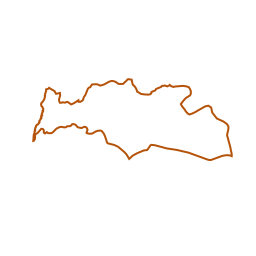 the district of Dar'a, Dar`a, Syria, rotated 334°
{"feature_id": "27442178B67726505950673", "entity_name": "Dar'a", "entity_type": "district", "adm_level": 2, "iso_a3": "SYR", "parent_name": "Syria", "parent_adm1": "Dar`a", "projection": "robinson", "projection_center": [36.022, 32.622], "detail": "fine", "context": "isolated", "style": "outline", "palette": "amber", "viewbox_px": 256, "rotation_deg": 334, "n_neighbors": 0, "source": "geoboundaries", "source_scale": "gbopen_adm2", "svg_char_len": 4359}
<svg xmlns="http://www.w3.org/2000/svg" viewBox="0 0 256 256"><g transform="rotate(334 128 128)"><path d="M74.7,57.3L73.8,57.8L71.3,57.4L70.6,58.9L69.4,60.1L68.3,61.2L68.3,61.3L68.2,61.4L68.2,61.5L68.1,61.8L67.9,62.0L67.8,62.3L67.7,62.4L67.7,62.5L67.5,62.8L67.4,62.8L67.4,63.0L67.2,63.2L67.1,63.4L67.0,63.5L66.9,63.6L66.8,63.8L66.7,64.0L66.4,64.2L66.4,64.3L66.2,64.5L65.9,64.8L65.7,65.0L65.4,65.3L65.2,65.5L64.9,65.7L64.8,65.8L64.6,65.9L64.4,66.0L64.2,66.2L64.1,66.3L63.9,66.4L63.8,66.5L63.6,66.6L63.4,66.7L63.2,66.8L62.8,67.0L62.7,67.0L62.3,67.2L62.0,67.3L61.9,67.3L61.7,67.4L61.6,67.5L61.4,67.5L61.2,67.5L60.3,68.5L59.8,70.2L59.9,70.4L59.9,70.5L60.0,70.7L60.2,71.1L60.2,71.9L60.2,72.0L60.1,72.3L60.1,72.6L60.3,72.9L60.3,73.1L60.1,74.0L59.8,74.4L59.5,74.6L59.4,74.7L59.4,74.9L59.4,75.0L59.3,75.4L59.2,75.6L58.9,75.7L58.8,75.8L58.6,75.7L58.6,75.8L58.5,76.2L57.8,76.5L57.6,76.8L57.4,77.1L57.2,77.1L56.9,77.3L56.8,77.5L56.2,78.2L56.1,78.4L56.1,78.5L56.3,78.8L56.4,79.0L56.2,79.2L56.0,79.3L55.9,79.3L55.7,79.1L55.4,79.0L55.2,79.2L55.2,79.4L55.2,79.7L55.2,79.8L55.0,80.0L54.9,80.1L54.7,80.2L54.5,80.3L54.4,80.4L54.4,80.5L54.6,80.6L54.7,80.8L54.6,81.0L54.4,81.0L54.3,80.9L54.2,80.9L54.2,81.0L54.0,81.5L53.7,81.6L53.4,81.6L53.2,81.6L52.9,82.0L52.6,82.2L52.2,82.5L51.5,82.7L51.3,82.9L51.2,83.0L51.1,83.3L51.0,83.5L51.1,83.8L51.1,84.0L50.8,84.2L50.4,84.4L50.0,84.3L49.8,84.4L49.6,84.6L49.4,85.0L49.0,85.2L48.5,85.3L47.8,85.2L47.3,85.2L46.9,85.7L46.0,85.9L45.9,86.2L45.8,86.6L45.0,87.0L44.8,87.1L44.5,87.7L44.1,88.0L43.9,88.4L43.9,88.7L43.9,88.9L43.8,89.0L43.7,89.1L43.3,89.0L43.2,89.1L43.1,89.3L43.1,89.6L43.2,89.9L43.1,90.1L42.9,90.2L42.6,90.3L42.4,90.3L42.2,90.5L41.8,91.6L41.1,92.1L40.6,92.4L40.3,92.8L37.8,97.1L37.2,98.1L37.7,98.2L39.2,97.3L40.2,96.1L40.9,94.5L41.1,94.0L42.2,93.1L44.6,92.8L45.5,92.5L49.6,90.7L51.0,91.5L51.2,92.4L51.4,93.0L50.3,95.3L51.0,96.5L51.4,96.4L53.2,96.1L53.8,97.4L53.9,97.5L55.3,98.4L55.8,98.6L57.3,99.0L58.7,98.9L60.0,98.4L63.4,97.2L67.1,97.2L68.9,97.9L70.8,99.4L72.4,100.1L72.6,100.1L74.1,99.8L76.7,100.9L78.0,100.8L79.1,100.2L80.4,100.3L82.3,102.1L83.0,105.0L83.8,105.9L86.3,107.7L89.1,107.7L90.2,108.4L90.9,109.4L90.9,111.8L88.6,114.1L88.8,114.7L91.0,116.4L93.4,117.3L97.3,117.0L99.3,117.2L102.3,118.3L103.1,119.3L103.8,122.5L103.7,125.6L102.8,132.1L103.1,132.9L105.1,134.6L108.3,137.3L110.9,140.6L114.1,147.8L115.1,151.2L115.5,156.3L120.1,154.9L122.8,154.8L124.5,154.7L125.4,154.7L132.4,155.1L135.5,156.2L136.9,155.5L140.6,153.4L141.7,153.4L144.5,155.2L150.1,160.0L153.6,163.1L154.0,163.4L162.4,169.2L165.8,172.0L171.6,176.7L179.9,185.3L186.2,191.8L188.3,193.1L200.6,194.4L204.4,195.5L207.3,197.1L208.9,198.7L209.6,197.4L210.2,195.4L210.7,193.0L211.3,191.2L212.2,186.8L212.4,185.6L213.1,181.9L213.5,180.1L213.8,178.1L214.5,177.0L217.5,173.3L218.8,171.1L218.8,168.9L218.7,167.9L217.7,166.0L216.7,164.1L212.1,158.5L211.7,156.9L210.9,153.0L210.5,151.1L211.7,146.0L210.0,143.2L206.9,142.4L204.0,142.6L200.6,142.8L194.8,143.2L191.1,143.1L189.0,142.7L188.0,141.0L187.2,138.3L187.1,136.6L186.1,132.1L186.0,129.6L191.2,127.1L193.3,126.4L198.1,125.9L199.5,124.7L200.6,122.4L200.8,120.5L200.6,118.1L198.8,116.2L195.6,114.1L192.7,113.0L190.6,112.2L188.7,111.4L186.6,110.9L185.0,109.1L184.4,107.6L184.0,107.8L181.5,107.8L179.7,105.9L178.4,105.7L177.1,105.1L176.9,105.1L175.5,105.6L170.5,105.2L168.8,106.2L164.9,105.9L164.8,106.0L164.0,107.1L162.7,107.4L161.1,107.0L157.3,104.9L154.5,103.0L152.9,100.2L152.2,99.4L152.2,99.2L152.3,99.0L152.3,98.9L152.3,98.7L152.4,98.3L152.4,98.1L152.4,97.9L152.5,97.8L152.5,97.7L152.5,97.3L152.5,97.2L152.5,96.8L152.5,96.7L152.5,96.4L152.5,96.1L152.5,95.9L152.5,95.7L152.5,95.4L152.5,95.2L152.4,95.0L152.4,94.9L152.4,94.7L152.4,94.4L152.3,94.2L152.3,93.9L152.2,93.8L152.2,93.7L152.1,93.4L152.1,93.2L152.0,92.9L151.9,92.6L151.8,92.4L151.7,92.1L151.7,91.9L151.6,91.7L151.5,91.4L151.4,91.3L151.3,91.2L151.8,88.7L152.5,86.2L149.6,84.2L148.4,84.3L147.3,84.9L145.4,85.4L142.9,86.2L139.3,84.5L138.6,83.9L137.1,81.1L135.0,79.1L133.9,78.5L131.3,78.1L125.6,78.4L121.6,77.7L119.8,75.5L118.2,74.5L114.7,73.1L114.4,73.2L112.0,74.8L110.6,74.6L109.2,75.1L104.3,79.5L101.9,80.9L99.5,83.3L96.8,83.6L95.1,82.8L95.6,81.3L90.7,82.0L87.3,81.9L85.1,78.0L82.3,77.5L80.7,76.3L79.8,76.3L77.9,75.5L77.9,73.7L78.5,72.1L81.3,69.0L82.2,66.7L78.3,65.7L78.1,62.5L75.7,59.0L74.7,57.3Z" fill="none" stroke="#b45309" stroke-width="2"/></g></svg>